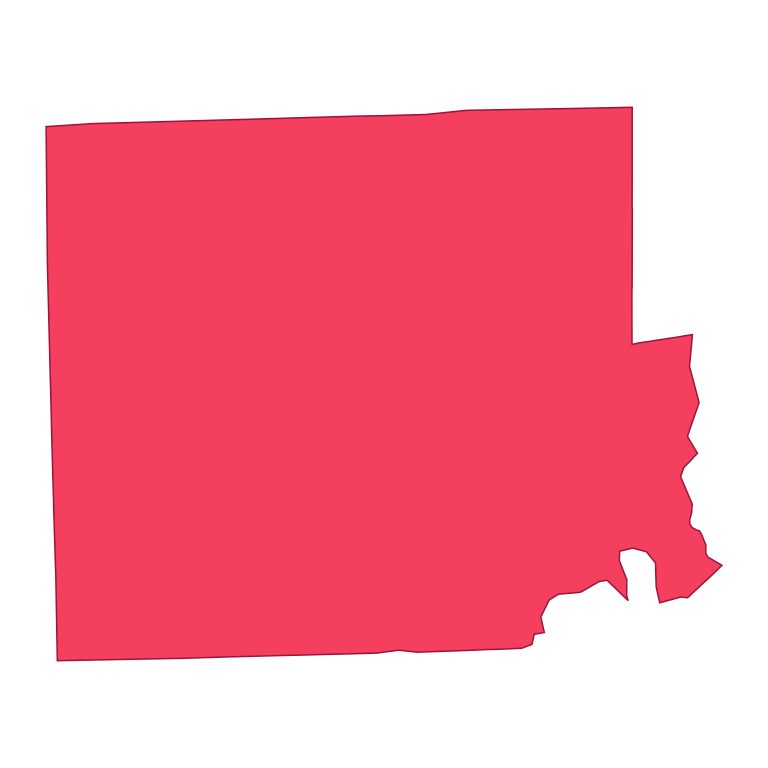 Providence, Rhode Island, United States of America (Albers equal-area conic projection)
{"feature_id": "52423323B73822827864171", "entity_name": "Providence", "entity_type": "district", "adm_level": 2, "iso_a3": "USA", "parent_name": "United States of America", "parent_adm1": "Rhode Island", "projection": "albers", "projection_center": [-71.447, 41.872], "detail": "fine", "context": "isolated", "style": "filled", "palette": "rose", "viewbox_px": 768, "rotation_deg": 0, "n_neighbors": 0, "source": "geoboundaries", "source_scale": "gbopen_adm2", "svg_char_len": 1559}
<svg xmlns="http://www.w3.org/2000/svg" viewBox="0 0 768 768"><path d="M628.1,600.7L626.7,595.3L626.8,582.1L626.8,579.6L619.3,560.4L619.7,551.2L631.0,548.5L632.7,548.1L646.2,551.7L646.4,551.8L653.8,560.8L655.5,562.8L656.2,586.9L659.2,600.6L659.7,602.8L680.9,597.0L687.5,597.8L701.2,585.0L712.4,574.7L715.2,572.0L721.9,565.3L707.9,557.1L705.8,553.2L705.9,545.2L701.8,534.9L699.4,530.7L696.7,530.1L691.8,527.3L689.8,523.5L689.7,520.0L690.5,516.7L691.8,512.0L691.8,508.1L692.3,504.7L691.9,503.3L680.6,476.7L683.8,467.5L691.3,459.9L694.1,456.7L697.5,453.3L688.2,437.8L687.6,435.8L698.4,404.7L699.1,402.7L694.3,384.4L693.7,382.2L689.5,366.3L691.6,344.0L691.6,343.6L692.4,334.6L691.0,334.8L672.7,337.8L670.2,338.1L669.9,338.2L658.9,339.9L655.9,340.3L654.9,340.5L647.0,341.8L643.1,342.2L639.1,342.9L632.2,344.4L632.0,343.4L631.9,303.9L631.9,303.6L631.9,288.7L632.1,288.4L632.3,209.3L632.1,205.7L632.2,171.0L632.2,107.3L572.0,108.5L524.6,109.3L468.3,110.3L466.0,110.4L464.6,110.5L463.0,110.7L427.6,114.3L427.1,114.5L425.0,114.5L382.5,115.7L358.0,116.1L344.0,116.5L316.1,117.3L262.0,118.9L212.1,120.3L92.7,123.6L46.1,126.6L47.4,263.8L48.3,299.9L51.3,416.7L51.5,426.6L51.9,441.8L51.9,443.7L53.6,503.1L53.6,506.2L55.5,567.6L55.8,575.6L57.3,660.7L182.9,658.3L228.2,656.9L376.8,653.1L398.8,650.2L417.2,652.2L468.6,650.4L488.2,649.5L498.0,649.3L521.0,648.3L521.5,648.3L532.0,644.4L534.2,634.3L544.3,632.5L540.8,616.9L549.1,600.1L558.4,594.2L579.5,592.4L581.6,591.7L599.0,581.6L607.0,580.2L627.9,600.4L628.1,600.7Z" fill="#f43f5e" stroke="#9f1239" stroke-width="1.5"/></svg>